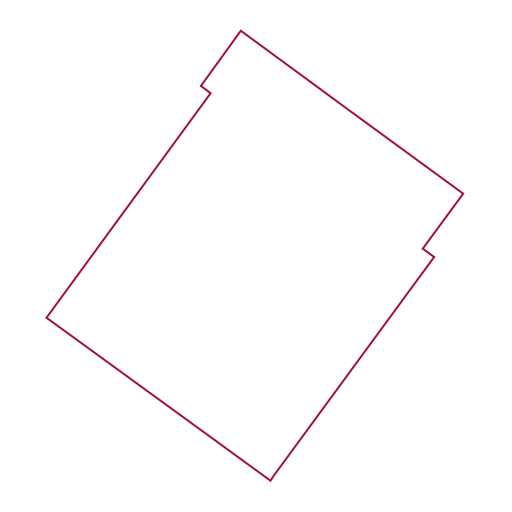 outline of Steele, North Dakota, United States of America, rotated 216°
{"feature_id": "52423323B76546880879751", "entity_name": "Steele", "entity_type": "district", "adm_level": 2, "iso_a3": "USA", "parent_name": "United States of America", "parent_adm1": "North Dakota", "projection": "mercator", "projection_center": [-97.732, 47.456], "detail": "fine", "context": "isolated", "style": "outline", "palette": "rose", "viewbox_px": 512, "rotation_deg": 216, "n_neighbors": 0, "source": "geoboundaries", "source_scale": "gbopen_adm2", "svg_char_len": 317}
<svg xmlns="http://www.w3.org/2000/svg" viewBox="0 0 512 512"><g transform="rotate(216 256 256)"><path d="M263.0,428.6L400.7,429.3L400.5,361.2L388.4,361.0L389.2,82.9L376.5,82.9L167.6,82.8L112.2,82.7L112.5,87.8L111.3,359.9L125.4,359.9L125.0,428.2L263.0,428.6Z" fill="none" stroke="#9f1239" stroke-width="2"/></g></svg>